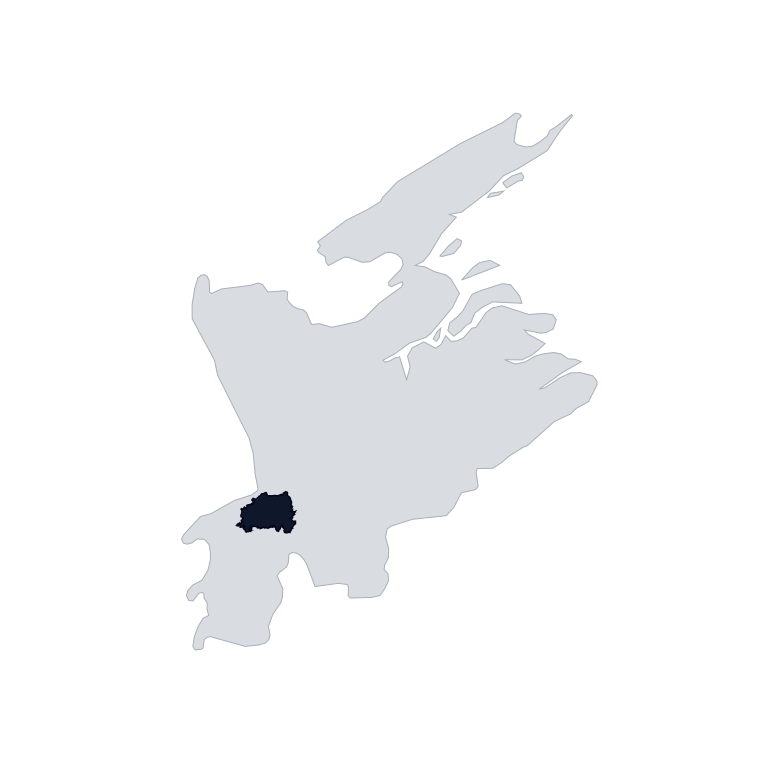 Gaibandha, Rangpur, Bangladesh shown in context, rotated 245°
{"feature_id": "16705992B74857221285320", "entity_name": "Gaibandha", "entity_type": "district", "adm_level": 2, "iso_a3": "BGD", "parent_name": "Bangladesh", "parent_adm1": "Rangpur", "projection": "natural_earth1", "projection_center": [89.465, 25.343], "detail": "fine", "context": "in_parent", "style": "filled", "palette": "ink", "viewbox_px": 768, "rotation_deg": 245, "n_neighbors": 0, "source": "geoboundaries", "source_scale": "gbopen_adm2", "svg_char_len": 9586}
<svg xmlns="http://www.w3.org/2000/svg" viewBox="0 0 768 768"><g transform="rotate(245 384 384)"><path d="M278.1,540.2L278.0,522.4L267.4,487.3L267.9,483.4L265.7,466.5L263.0,457.1L261.6,447.1L268.0,432.7L265.5,430.4L251.3,426.0L249.6,422.3L252.7,408.2L242.4,394.8L238.4,384.8L249.4,352.5L252.2,330.0L251.3,325.7L244.7,320.7L232.9,318.7L224.6,314.5L219.7,308.1L215.6,305.6L210.5,307.5L203.9,305.0L198.5,298.7L194.0,291.0L195.8,282.6L204.4,262.8L207.6,262.2L215.0,266.0L217.8,266.0L222.7,258.2L229.6,235.9L253.5,237.8L259.2,237.1L265.1,235.3L268.4,232.5L270.2,228.9L269.6,225.8L262.3,221.6L259.4,218.4L257.4,209.5L255.3,206.1L240.9,205.7L233.4,201.6L229.3,197.9L222.1,185.7L213.1,176.7L204.4,174.6L201.1,171.6L199.3,167.0L200.4,160.3L204.8,147.4L228.5,119.7L229.2,116.5L228.3,113.0L221.3,108.5L220.8,106.3L222.8,100.5L226.8,99.8L234.9,105.1L243.2,113.6L248.2,121.3L248.3,127.3L254.8,128.5L260.2,131.2L265.8,130.4L269.4,131.9L271.8,131.3L272.7,127.9L268.1,119.1L270.3,115.5L275.8,115.6L279.7,118.9L282.6,125.7L283.1,136.1L289.5,145.6L297.9,152.3L304.5,155.4L312.4,157.6L319.2,155.5L322.6,148.9L321.1,143.0L322.1,137.7L324.8,134.8L329.1,135.0L332.3,139.2L341.5,161.8L339.6,171.8L341.7,199.3L339.4,217.4L340.8,224.4L342.4,225.6L356.4,229.0L376.6,236.2L392.1,238.9L462.1,236.9L477.4,240.4L524.1,237.7L536.8,243.5L550.7,252.9L558.5,259.9L559.9,263.9L559.1,267.3L556.5,269.2L551.7,269.3L540.7,264.7L538.9,266.1L538.8,276.9L530.0,304.2L528.7,312.6L525.7,315.9L516.4,317.7L510.4,333.5L507.9,335.5L501.8,332.0L498.0,332.6L493.3,334.1L488.6,337.7L485.3,342.3L481.6,343.8L468.5,343.6L466.0,350.9L457.5,360.6L451.7,386.1L452.1,394.0L459.5,414.4L464.6,440.8L466.6,443.5L469.0,443.8L469.1,431.6L471.5,430.1L474.5,431.4L480.8,447.8L484.3,451.9L489.7,453.1L495.9,450.6L500.5,445.8L502.4,440.7L500.7,422.8L503.6,415.6L514.2,404.8L515.7,401.5L514.9,383.6L519.0,383.0L524.4,384.4L531.2,380.2L533.2,380.1L536.1,384.7L541.0,383.9L548.4,419.3L549.1,444.2L550.9,458.1L553.5,461.2L561.7,482.0L569.7,555.2L570.8,601.7L574.0,617.6L571.4,621.1L568.9,621.8L566.4,616.2L549.1,604.4L544.9,605.6L539.0,612.5L536.7,618.8L537.7,627.8L539.7,636.6L543.8,641.6L544.2,647.2L548.9,668.1L547.5,668.2L538.1,649.2L526.5,630.5L522.6,596.9L522.3,580.4L514.4,560.9L507.0,526.9L510.1,514.9L504.6,520.1L496.0,499.8L482.4,479.8L478.5,471.0L478.3,462.4L472.5,471.0L464.6,477.1L456.6,486.3L451.3,489.0L434.3,490.7L424.5,478.5L410.4,448.6L408.5,441.8L410.3,424.2L406.9,407.6L405.9,392.9L403.4,394.2L402.5,398.3L403.0,404.5L402.0,409.6L378.4,406.3L388.5,415.0L399.3,417.1L404.9,424.9L405.3,437.9L394.7,445.8L395.7,452.4L401.8,460.4L394.4,462.7L392.3,468.0L392.2,475.5L397.4,487.0L396.5,491.5L405.5,506.5L407.2,513.8L405.0,524.0L385.8,544.6L380.2,559.3L375.5,566.1L369.5,567.4L362.3,560.5L362.2,553.3L363.7,547.7L373.7,534.0L368.2,535.8L352.6,547.1L349.6,538.0L347.7,529.5L347.6,519.1L355.1,503.5L346.6,511.3L344.3,521.0L345.3,532.4L344.2,540.4L340.9,551.0L336.3,557.3L329.0,561.4L325.7,567.6L320.8,572.2L319.1,551.0L313.7,522.3L312.6,528.5L315.3,546.3L315.2,557.8L311.2,567.0L303.1,576.8L296.8,578.2L293.2,576.7L281.6,561.9L280.6,547.9L278.1,540.2ZM420.6,540.6L406.2,544.1L398.9,543.0L412.5,517.2L412.0,505.7L409.9,496.2L402.9,488.7L402.5,483.3L399.4,475.9L397.8,467.3L405.5,464.5L411.7,469.5L414.0,479.3L417.1,486.6L428.0,501.7L427.8,511.0L424.9,533.7L420.6,540.6ZM451.4,532.2L442.6,539.0L445.4,498.3L451.9,513.5L453.6,521.6L451.4,532.2ZM484.8,511.8L481.0,514.7L477.4,512.2L472.8,502.6L475.0,490.5L476.4,488.8L482.0,501.2L484.8,511.8ZM517.5,597.7L512.6,598.2L510.1,595.3L511.2,591.2L509.8,578.0L516.2,576.7L518.5,587.7L517.5,597.7ZM511.9,560.8L508.2,573.9L506.7,568.1L509.2,556.6L511.9,560.8ZM409.2,454.7L410.7,459.0L402.6,453.5L400.5,449.6L404.1,447.6L409.2,454.7Z" fill="#d9dde1" stroke="#a8b0b8" stroke-width="1"/><path d="M327.2,249.8L327.9,249.5L327.8,248.1L327.6,247.5L327.7,246.7L327.2,246.5L326.5,245.5L326.9,244.8L327.0,244.0L327.4,244.0L327.4,242.6L327.6,240.5L327.6,240.2L328.2,239.5L329.2,237.7L329.5,237.1L329.5,236.5L330.4,234.3L331.2,232.9L331.6,231.6L332.5,231.2L334.9,231.4L335.4,231.3L335.5,231.1L335.7,229.7L335.5,227.9L335.5,227.7L335.9,227.6L336.1,226.8L335.8,225.9L335.2,225.0L334.9,223.6L335.0,223.0L334.7,222.9L334.1,220.6L333.7,219.6L333.3,219.3L334.2,218.6L335.1,217.7L334.9,217.7L335.4,216.3L335.3,216.2L334.7,216.1L334.8,215.3L334.6,215.2L333.9,215.5L333.1,215.6L332.3,215.8L332.1,215.9L332.0,215.7L331.6,216.0L331.5,215.7L331.0,215.1L331.6,214.8L331.6,213.9L331.4,213.3L330.7,213.8L330.4,213.6L331.0,212.8L331.5,211.4L331.8,210.1L331.8,209.7L332.0,209.2L332.0,208.4L331.9,208.2L331.2,208.1L331.1,208.4L330.4,208.4L330.3,208.6L330.1,208.6L330.1,208.4L330.3,207.7L329.1,206.7L329.0,206.3L329.5,205.9L331.0,205.9L331.4,205.6L331.2,204.9L330.1,204.1L330.0,203.6L330.1,203.0L330.9,202.7L330.9,202.2L331.3,202.1L331.3,201.9L330.8,201.5L329.4,201.8L328.8,201.7L328.1,201.0L327.0,200.6L326.1,199.3L325.6,199.1L325.3,198.8L324.8,198.7L324.6,198.4L323.8,198.5L323.6,199.0L323.0,199.5L322.3,199.6L320.9,197.8L320.6,196.9L319.3,196.9L318.1,196.3L317.8,195.3L318.3,195.2L318.5,194.5L319.1,194.6L318.9,194.1L319.1,192.8L318.7,191.6L318.0,191.2L318.1,190.7L317.6,190.9L317.0,192.0L316.8,192.5L317.0,192.9L316.9,193.1L316.6,193.1L316.3,193.4L315.8,193.6L315.4,193.5L315.0,193.1L314.9,193.2L315.2,193.9L315.4,194.0L315.2,194.4L315.0,194.2L314.9,193.9L314.7,193.9L314.2,195.4L314.3,196.3L315.0,196.8L314.6,197.3L314.8,197.5L314.6,197.7L314.1,197.7L313.8,197.0L313.3,196.6L313.3,196.3L312.9,196.1L312.9,195.6L312.7,195.5L312.2,195.6L312.1,195.9L311.8,195.8L311.7,196.2L311.4,196.2L311.4,196.4L310.9,196.3L310.7,196.8L310.5,196.7L310.4,196.9L310.0,196.8L309.9,196.5L310.0,196.3L309.7,196.2L309.6,196.6L308.2,196.4L308.0,196.5L308.0,197.8L307.5,198.4L307.6,200.0L307.3,200.3L307.5,200.3L307.9,200.1L308.0,200.3L307.3,200.6L307.3,200.8L307.4,201.1L307.8,201.0L307.4,201.7L307.4,201.4L307.2,201.4L307.1,201.8L307.4,202.0L307.9,201.6L308.3,201.8L308.2,202.3L308.4,202.4L308.6,202.3L308.5,202.1L308.7,201.9L309.0,201.6L309.2,202.0L309.3,202.1L309.7,201.9L309.8,201.5L310.0,201.4L310.2,202.2L310.0,202.5L310.3,202.4L310.5,202.5L310.4,202.7L309.8,202.9L309.7,203.2L310.5,203.4L310.6,203.1L311.1,203.5L310.2,204.0L310.3,204.6L310.6,204.8L310.1,205.1L310.4,206.4L310.2,206.5L309.9,206.4L309.7,206.5L309.4,207.7L309.0,207.6L308.8,208.2L308.5,208.3L308.4,208.7L308.2,208.7L308.2,208.9L307.6,208.5L307.3,208.9L307.0,208.6L306.9,208.7L306.2,210.9L305.3,210.7L305.3,211.3L305.1,211.9L305.6,212.2L305.4,212.7L305.1,212.7L305.1,213.1L305.3,213.0L305.1,213.4L305.0,213.7L305.2,214.1L304.9,214.4L304.1,214.8L304.3,215.2L304.0,215.5L304.0,216.0L303.7,216.4L303.3,216.5L303.1,217.0L302.9,217.1L303.2,217.7L302.4,218.0L302.3,218.3L302.3,218.7L302.2,219.0L302.4,219.7L302.0,220.7L302.0,221.2L302.6,221.3L302.5,222.1L302.4,222.2L302.0,222.0L301.8,222.2L301.5,222.3L301.5,222.5L301.4,222.5L301.2,222.7L301.5,223.1L301.5,223.4L301.7,223.5L302.1,223.3L302.2,223.0L302.3,222.9L302.5,223.9L302.1,224.2L302.2,224.5L301.6,224.5L301.6,224.8L301.1,224.6L300.9,224.8L300.2,224.6L299.8,224.9L299.0,224.9L298.1,225.0L297.9,224.7L297.6,224.9L297.2,224.8L296.1,224.8L295.9,225.1L295.9,225.4L296.6,225.7L296.3,225.7L296.3,225.9L295.8,225.9L295.1,226.2L295.2,226.4L296.0,226.8L295.9,227.0L296.2,227.3L296.4,227.9L296.6,228.0L296.5,228.3L296.9,228.5L297.0,228.9L297.7,229.1L298.0,229.8L297.9,230.5L298.2,230.8L298.5,231.7L299.0,231.8L298.7,232.5L298.2,232.5L297.8,232.3L297.8,232.1L297.1,231.8L296.7,231.9L296.5,231.7L296.3,231.8L296.4,232.0L296.7,232.3L296.0,232.4L295.8,232.2L295.4,232.5L295.4,232.3L295.3,232.2L294.3,232.4L294.0,232.2L293.6,232.1L293.4,231.6L293.2,231.8L292.6,231.7L292.5,231.3L291.8,231.1L291.6,231.4L291.4,231.4L291.2,231.8L290.9,231.9L290.8,232.3L290.6,232.4L290.4,232.8L290.1,233.1L290.1,233.9L289.9,234.2L290.0,234.6L289.9,235.3L289.2,236.0L289.8,236.3L290.0,236.5L290.3,236.9L290.2,237.1L290.3,237.6L290.8,237.7L290.9,238.0L291.1,237.9L291.4,237.9L291.6,238.4L291.8,238.4L291.9,238.2L291.9,238.7L292.4,239.2L292.2,239.3L292.3,239.6L292.1,239.8L291.8,239.9L291.9,240.1L292.5,240.1L292.4,240.3L293.1,240.2L293.6,241.7L294.0,242.2L294.2,242.7L294.5,242.8L294.6,243.3L294.5,243.8L294.8,244.8L295.6,244.9L295.8,244.8L295.8,245.2L297.1,245.8L297.8,244.0L297.9,243.7L298.3,243.5L298.5,242.9L298.8,243.0L298.9,242.6L299.3,242.8L299.4,243.0L299.8,242.9L300.1,243.0L300.6,242.4L301.0,242.5L301.1,242.3L301.4,242.3L301.6,242.6L301.7,243.4L302.0,243.6L301.8,244.2L301.2,244.4L301.3,244.6L301.7,244.4L302.0,244.8L302.4,244.5L302.7,245.0L303.0,245.2L303.1,245.6L303.6,245.6L303.3,246.4L303.4,246.5L303.3,246.9L303.6,247.3L303.6,247.9L304.4,247.7L304.4,247.9L305.3,248.5L305.5,248.9L305.7,249.0L305.6,249.4L305.9,249.4L305.9,249.6L306.0,249.8L306.2,247.9L306.5,247.7L307.0,247.8L307.2,247.7L306.8,246.6L307.7,246.8L308.0,246.2L308.3,246.5L308.4,246.9L308.6,246.8L308.8,247.0L308.8,247.7L309.0,248.0L309.3,247.2L310.0,247.2L310.1,247.6L310.3,247.6L310.6,247.5L310.3,247.4L310.4,247.2L311.2,246.9L311.4,247.4L310.9,248.3L311.0,248.6L311.2,248.9L311.4,248.6L311.3,248.0L311.6,248.0L311.9,248.4L312.1,248.3L312.3,248.4L312.2,248.7L311.9,248.9L312.0,249.0L312.8,249.0L313.0,248.3L313.3,248.5L314.1,248.3L314.4,248.5L314.4,249.2L314.5,249.4L315.1,249.5L315.4,250.0L315.7,250.0L315.9,250.2L316.4,250.4L316.9,250.4L317.2,250.1L317.4,250.2L317.6,249.8L317.5,250.1L317.9,250.4L318.4,250.3L318.9,250.5L319.1,250.4L319.4,250.6L319.7,250.5L320.4,250.7L320.5,250.4L321.1,250.5L321.0,250.2L321.3,250.0L321.6,250.0L322.5,250.0L322.9,249.9L323.3,249.4L324.1,249.4L325.9,250.4L326.6,250.6L326.7,250.3L327.2,249.8Z" fill="#0f172a" stroke="#020617" stroke-width="1.5"/></g></svg>